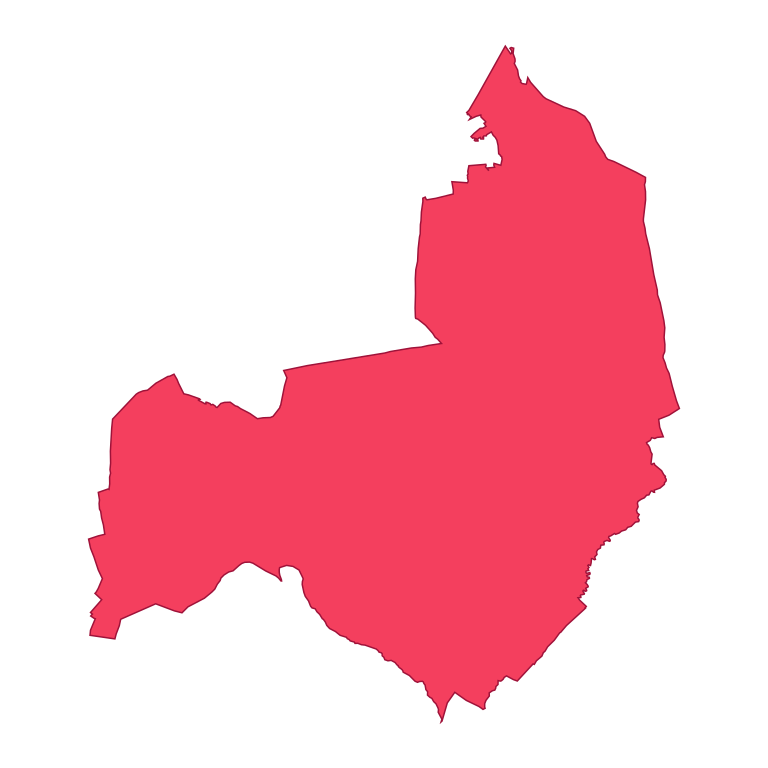 the district of Secas, Arad, Romania
{"feature_id": "2599482B87304123778609", "entity_name": "Secas", "entity_type": "district", "adm_level": 2, "iso_a3": "ROU", "parent_name": "Romania", "parent_adm1": "Arad", "projection": "orthographic", "projection_center": [21.803, 45.915], "detail": "fine", "context": "isolated", "style": "filled", "palette": "rose", "viewbox_px": 768, "rotation_deg": 0, "n_neighbors": 0, "source": "geoboundaries", "source_scale": "gbopen_adm2", "svg_char_len": 6089}
<svg xmlns="http://www.w3.org/2000/svg" viewBox="0 0 768 768"><path d="M586.3,606.4L579.6,600.1L578.0,597.7L580.8,597.5L581.0,597.1L580.3,595.6L580.7,595.0L584.2,594.2L584.4,593.6L583.0,591.5L583.1,590.5L583.9,590.2L585.2,591.3L586.5,590.9L586.7,590.3L585.7,588.3L588.1,586.9L588.2,586.2L587.1,584.4L585.4,582.8L586.5,581.7L587.0,579.6L589.4,578.4L589.3,577.3L587.2,576.8L586.7,575.5L589.8,574.4L590.1,573.5L589.8,572.6L586.8,573.3L586.1,572.8L585.9,571.9L586.2,570.9L588.7,570.5L587.9,568.7L589.0,567.5L587.8,565.5L588.5,564.8L590.5,565.5L591.1,563.0L591.5,558.6L592.4,558.6L594.3,559.7L595.4,559.4L594.7,556.9L597.0,554.5L596.5,551.8L597.8,549.5L600.4,548.1L600.8,545.2L604.0,544.8L604.2,543.9L603.8,542.3L604.2,541.5L607.0,540.4L609.4,541.3L610.2,540.9L610.2,540.1L608.6,537.5L608.9,536.4L610.7,535.9L614.5,533.5L615.6,534.3L619.2,533.0L621.5,531.1L625.7,529.8L627.7,527.3L631.2,526.3L635.4,522.1L638.6,521.6L639.1,520.6L639.0,519.4L638.0,518.3L637.8,517.2L639.2,514.5L637.3,513.0L636.5,510.4L638.1,506.8L637.4,503.3L637.9,501.5L641.1,499.3L644.4,497.8L646.6,495.2L648.9,494.9L650.9,491.2L651.9,490.9L653.5,492.2L654.5,492.3L654.2,490.2L660.1,488.0L664.4,484.3L664.5,482.7L666.1,481.0L666.2,479.3L665.0,477.3L665.4,476.3L663.8,474.7L661.6,470.7L654.8,465.0L654.2,463.4L653.1,463.5L652.0,464.6L651.3,464.2L651.0,463.3L652.1,454.1L650.8,451.8L649.7,447.8L648.2,445.0L647.3,444.5L646.5,442.6L650.3,440.3L651.7,437.7L654.8,438.5L657.1,437.4L663.3,436.8L659.7,427.3L658.7,419.3L669.0,415.2L679.4,408.5L676.5,400.8L672.3,386.3L669.1,373.4L666.5,368.0L665.1,362.9L663.0,357.7L663.2,355.3L664.6,352.1L664.8,350.9L664.9,344.5L664.1,337.3L664.8,327.9L663.9,320.8L660.2,302.8L657.5,294.8L657.3,290.1L653.8,274.7L649.4,248.6L645.7,233.8L645.0,228.2L643.4,221.4L643.4,218.9L645.6,199.9L645.5,191.6L644.5,184.7L645.4,181.6L645.5,177.4L636.1,172.3L614.3,161.7L607.7,159.3L605.6,156.7L604.7,154.3L596.3,141.4L589.7,123.3L584.6,116.3L575.7,110.7L563.7,107.0L546.1,98.8L543.2,96.6L530.6,82.3L527.8,77.6L526.6,83.3L526.1,84.3L522.0,83.5L520.5,82.1L521.0,80.8L519.6,78.8L518.5,75.9L517.6,70.0L514.3,63.5L515.1,61.3L515.0,58.9L513.1,53.6L513.7,48.2L511.2,47.5L509.9,48.3L511.7,50.8L511.6,53.3L510.6,53.9L505.3,46.1L478.2,94.6L468.9,110.4L466.7,112.5L467.4,113.2L467.2,113.9L467.5,114.5L468.4,114.0L469.2,114.8L469.2,115.5L471.2,116.8L469.4,119.5L476.2,116.3L480.8,115.0L481.0,117.0L485.7,121.7L485.5,122.5L484.0,123.3L486.0,126.3L482.9,128.2L480.1,128.4L474.1,133.4L471.0,136.6L472.7,138.2L473.7,137.9L476.1,138.7L475.0,139.1L474.3,140.1L475.2,141.0L478.0,141.0L478.0,140.4L477.2,139.7L479.0,137.9L480.2,137.4L480.8,139.0L483.5,139.0L483.6,137.7L482.8,137.3L483.8,136.0L486.4,135.8L486.6,134.7L491.4,131.9L493.2,135.3L495.3,137.4L496.9,140.2L498.1,145.6L498.7,153.8L500.0,154.8L500.6,156.0L501.6,156.5L502.1,159.5L500.8,165.3L494.0,163.4L493.8,165.0L494.6,167.3L487.2,168.0L488.8,170.7L485.5,166.9L486.1,165.4L485.8,164.3L468.9,165.7L467.8,171.2L468.1,174.0L467.3,175.3L467.7,176.6L467.5,178.1L468.3,180.9L467.5,182.8L451.9,181.7L453.3,190.2L453.2,194.0L435.9,198.3L426.9,199.8L426.2,199.3L425.2,197.1L422.8,198.2L422.9,201.4L421.4,212.1L421.0,220.9L420.4,224.6L420.2,234.0L419.5,236.9L418.2,248.6L417.6,261.3L415.8,269.8L415.3,278.8L415.5,293.1L415.1,308.0L415.4,317.2L415.7,318.4L417.8,319.1L425.6,325.3L432.7,333.3L435.2,337.3L437.6,339.1L441.5,343.5L428.2,345.5L421.3,347.1L411.3,348.0L390.5,351.5L384.9,353.0L307.3,365.6L283.7,370.5L286.9,377.7L284.5,386.0L280.7,405.2L280.1,406.1L279.8,407.7L273.1,416.3L270.4,417.5L263.1,417.8L257.4,418.7L249.9,413.5L240.5,408.6L237.5,406.5L235.3,405.9L230.2,402.2L224.4,402.4L220.8,403.5L217.1,407.5L216.1,407.2L215.3,406.1L212.8,404.4L211.0,404.9L210.1,403.6L206.6,402.2L205.9,402.3L206.0,403.8L205.0,403.8L198.4,400.2L198.4,399.8L200.0,399.3L199.5,398.8L188.5,394.9L183.8,393.8L178.7,383.6L177.0,379.4L174.0,374.2L169.8,376.2L167.8,376.5L155.9,383.2L147.5,390.2L143.0,390.9L138.6,392.6L136.2,394.2L112.6,419.1L111.7,428.3L110.4,451.1L110.6,463.2L110.0,469.7L110.6,473.2L109.6,477.0L109.7,484.0L109.0,489.4L108.0,489.0L98.3,492.4L99.5,500.0L99.1,503.5L99.5,509.1L100.7,511.4L101.6,517.9L103.4,524.9L104.8,534.3L98.2,535.9L88.6,539.1L90.5,548.1L93.9,556.7L98.3,570.0L102.4,578.6L98.3,588.3L96.3,591.9L95.0,593.4L101.7,599.7L90.5,612.5L92.4,614.1L90.7,616.0L94.2,618.4L95.3,618.7L90.5,630.2L90.0,635.3L114.9,638.9L116.2,633.9L119.3,625.7L120.6,619.6L121.0,619.1L155.7,603.8L174.5,610.9L182.0,612.8L188.0,606.8L204.4,598.2L211.8,592.1L214.8,589.1L217.3,584.2L220.1,580.6L220.9,578.1L224.1,574.9L228.7,572.0L233.1,570.8L238.9,565.6L241.7,563.5L244.7,562.3L249.6,562.1L253.0,563.2L265.8,571.0L275.9,575.9L278.6,578.1L281.0,581.0L281.6,581.0L281.4,579.6L279.8,575.3L279.3,572.6L279.2,569.8L279.6,567.6L286.6,565.4L293.0,566.4L299.0,570.0L302.6,577.4L303.2,578.9L302.4,581.5L302.2,584.5L303.9,592.5L305.3,596.4L308.5,600.9L310.6,606.2L312.0,607.9L315.2,608.8L316.9,611.7L319.7,614.4L322.3,618.7L323.4,619.4L325.3,622.0L326.8,625.4L329.6,628.5L335.4,631.5L340.1,635.3L346.5,637.3L347.3,638.7L349.1,639.5L350.2,640.9L354.4,642.1L355.0,643.4L357.9,643.3L361.4,644.7L365.0,645.1L376.2,649.0L378.0,650.5L379.0,652.1L381.3,652.8L382.1,653.6L382.2,655.8L383.9,657.3L384.8,659.7L387.9,660.8L391.2,660.4L395.1,662.5L397.0,664.9L398.2,665.6L398.3,666.5L399.4,667.6L401.9,669.5L402.8,670.7L403.2,672.2L409.4,675.5L415.0,681.2L417.5,682.3L419.6,681.5L422.4,681.3L423.2,681.8L423.9,683.5L425.1,685.1L425.9,689.6L427.6,691.7L427.5,695.1L429.9,697.3L431.9,698.4L433.7,701.6L436.0,703.8L438.0,707.9L438.5,709.6L438.2,712.2L441.9,719.2L441.1,721.9L442.0,721.1L447.3,702.9L454.8,692.3L466.3,700.4L479.0,706.5L483.0,709.4L485.1,708.3L484.7,707.0L484.7,703.6L486.0,700.3L489.3,696.0L489.2,692.9L492.5,690.7L494.8,690.1L495.7,688.2L495.9,686.5L498.0,684.5L498.1,680.6L500.3,681.1L501.4,680.8L503.2,679.2L504.2,677.4L506.5,675.9L513.4,679.6L517.3,681.0L533.1,663.9L534.3,664.4L536.4,660.8L541.9,656.1L543.3,652.7L545.1,651.1L547.6,646.8L554.3,640.2L559.7,632.8L560.7,632.3L566.5,625.5L584.5,609.1L585.5,608.1L585.1,607.8L586.3,606.4Z" fill="#f43f5e" stroke="#9f1239" stroke-width="1.5"/></svg>